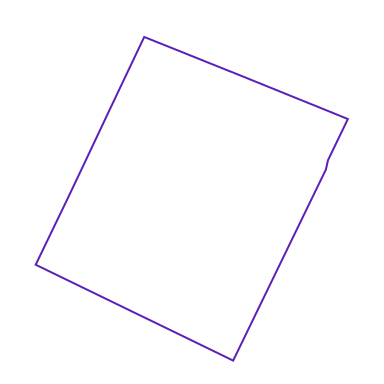 outline of Jasper, Mississippi, United States of America, rotated 206°
{"feature_id": "52423323B84021637502917", "entity_name": "Jasper", "entity_type": "district", "adm_level": 2, "iso_a3": "USA", "parent_name": "United States of America", "parent_adm1": "Mississippi", "projection": "albers", "projection_center": [-89.085, 32.013], "detail": "fine", "context": "isolated", "style": "outline", "palette": "violet", "viewbox_px": 384, "rotation_deg": 206, "n_neighbors": 0, "source": "geoboundaries", "source_scale": "gbopen_adm2", "svg_char_len": 374}
<svg xmlns="http://www.w3.org/2000/svg" viewBox="0 0 384 384"><g transform="rotate(206 192 192)"><path d="M302.9,310.4L302.2,242.0L302.0,224.0L301.3,169.0L300.9,131.5L300.6,58.1L191.2,58.3L154.6,58.4L81.1,58.5L81.5,270.9L83.7,280.1L83.9,325.9L111.8,324.0L147.7,321.5L209.9,317.2L211.7,317.0L285.1,311.7L302.9,310.4Z" fill="none" stroke="#5b21b6" stroke-width="2"/></g></svg>